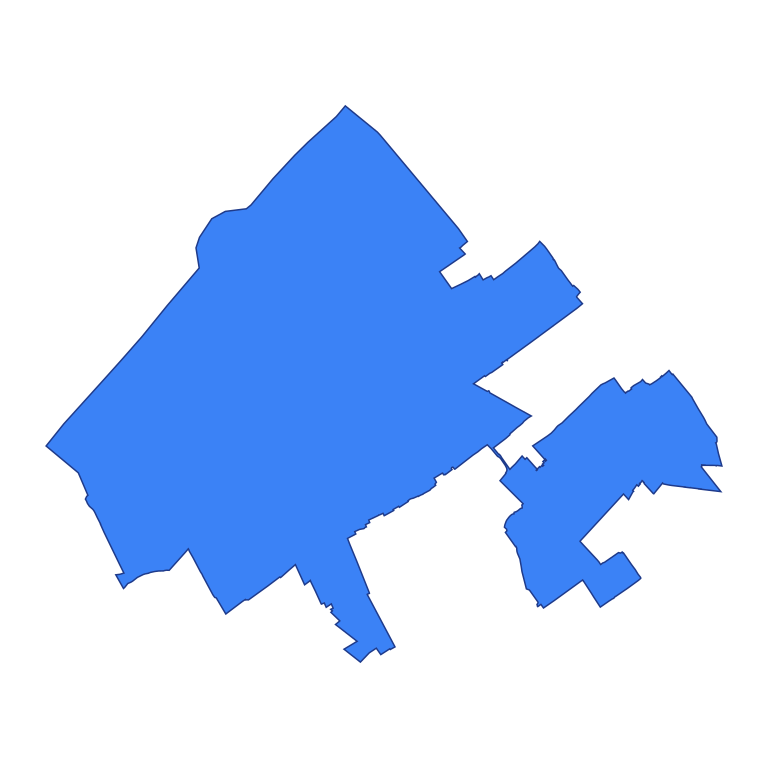 's-Gravenhage, Zuid-Holland, Netherlands
{"feature_id": "6326949B51640145634696", "entity_name": "'s-Gravenhage", "entity_type": "district", "adm_level": 2, "iso_a3": "NLD", "parent_name": "Netherlands", "parent_adm1": "Zuid-Holland", "projection": "albers", "projection_center": [4.334, 52.075], "detail": "fine", "context": "isolated", "style": "filled", "palette": "blue", "viewbox_px": 768, "rotation_deg": 0, "n_neighbors": 0, "source": "geoboundaries", "source_scale": "gbopen_adm2", "svg_char_len": 6023}
<svg xmlns="http://www.w3.org/2000/svg" viewBox="0 0 768 768"><path d="M600.3,607.1L608.8,601.2L612.2,599.0L613.5,598.4L614.0,598.0L615.2,596.5L615.7,596.4L627.4,588.4L638.4,580.4L640.6,578.5L640.8,578.2L640.7,577.8L640.5,577.3L638.0,574.1L635.3,569.7L631.5,564.6L623.6,553.1L623.4,552.9L623.1,553.2L622.2,552.0L620.6,553.1L618.5,552.6L604.4,562.4L602.8,562.9L600.7,564.5L599.7,563.2L599.3,562.4L597.3,560.0L580.1,541.5L580.2,541.3L580.1,541.1L623.5,494.0L628.6,499.6L629.5,498.0L632.8,492.0L633.6,491.3L632.7,490.4L634.3,488.4L636.8,484.8L638.4,486.2L639.3,485.1L639.2,485.0L639.4,484.7L640.2,484.0L639.6,483.3L640.4,482.9L641.1,482.2L642.1,480.6L643.1,481.4L643.2,481.9L643.4,482.3L644.1,482.5L644.2,482.9L644.1,483.4L644.2,483.6L653.2,493.5L653.8,493.8L662.6,483.0L663.3,483.9L668.7,485.0L671.9,485.5L683.9,486.9L684.5,486.9L684.4,487.1L690.3,487.8L690.7,487.6L690.8,487.8L700.1,488.9L699.8,489.1L720.8,491.6L701.3,466.9L701.7,466.6L701.7,464.9L703.8,465.0L703.4,465.3L715.3,465.4L716.2,465.9L716.8,465.4L721.9,466.0L718.5,453.7L716.3,444.0L716.0,443.3L715.7,442.9L716.4,442.5L716.8,441.8L717.0,441.2L716.9,437.7L716.8,437.1L706.7,423.9L705.0,420.2L703.5,417.4L698.1,408.5L692.6,398.8L691.9,397.2L672.9,374.1L672.3,374.6L671.1,373.3L669.0,370.5L666.0,373.3L662.3,376.4L661.8,375.8L660.5,377.1L660.8,377.5L656.3,380.8L651.5,383.9L649.6,384.8L649.0,384.1L645.6,383.0L642.5,379.5L640.7,381.6L633.7,385.6L631.1,387.7L631.0,388.1L631.6,389.0L628.7,391.2L628.1,391.0L626.4,392.3L626.2,392.2L625.6,393.1L624.1,391.8L621.5,388.6L615.8,380.4L614.0,378.0L605.0,383.0L603.0,383.8L600.9,384.9L592.0,393.4L589.3,396.4L578.8,406.6L575.8,409.7L568.8,416.2L562.1,422.9L558.1,425.6L556.7,427.0L554.4,429.9L551.3,433.1L547.6,435.9L532.7,445.9L544.8,459.4L545.2,458.9L546.4,460.3L545.4,461.2L544.4,460.1L542.9,461.5L544.0,462.8L542.5,464.1L543.6,465.4L542.6,466.2L541.9,465.5L540.1,467.3L539.5,466.7L537.7,468.6L537.3,469.9L536.5,470.5L536.2,470.2L537.2,469.2L534.8,466.7L526.8,457.7L525.1,459.3L522.1,456.0L515.3,464.0L511.6,467.5L509.9,469.4L501.7,457.7L500.4,455.5L499.2,454.3L498.9,454.5L498.6,454.2L493.4,447.9L505.7,438.5L509.9,434.8L510.0,434.5L509.9,433.9L511.2,432.7L511.3,432.5L511.5,432.5L517.2,427.4L519.7,425.6L520.9,424.6L521.0,424.4L522.3,423.4L524.1,421.2L528.4,417.7L531.3,416.0L515.9,407.5L489.8,392.8L489.3,391.5L488.8,390.8L487.3,391.4L473.5,383.8L484.5,375.8L484.7,376.1L485.4,376.5L489.8,373.3L491.8,372.4L502.8,364.6L501.7,363.0L502.7,362.1L503.0,362.4L506.5,359.8L507.2,360.7L507.4,360.6L507.4,359.3L532.2,341.3L577.3,308.0L582.5,303.7L576.8,297.3L576.6,296.6L578.6,294.0L580.2,292.2L579.2,290.9L577.8,289.2L573.7,285.5L572.7,286.2L567.9,279.9L561.3,270.6L559.0,268.6L558.4,267.9L556.8,264.8L555.5,262.1L554.5,260.2L553.9,259.5L553.5,259.8L553.1,259.3L553.2,258.7L553.0,258.1L546.8,249.2L544.6,246.3L539.7,241.4L538.1,243.6L534.9,246.8L515.7,263.2L505.5,271.1L502.8,273.5L498.2,276.5L493.7,279.7L491.0,275.7L489.0,276.9L487.0,277.7L483.1,279.9L479.3,273.7L478.0,275.1L475.9,276.6L475.8,276.9L475.3,277.2L474.9,276.5L468.1,280.6L459.0,285.1L451.6,288.6L439.6,271.7L464.5,254.6L465.2,254.0L459.6,248.0L461.3,246.9L462.5,245.6L467.4,241.5L458.4,228.6L380.6,135.6L377.4,132.1L345.3,105.9L336.3,116.6L308.0,142.2L294.9,155.1L273.0,178.7L251.0,205.0L246.3,208.8L225.3,211.4L211.8,218.7L199.5,237.3L196.0,247.9L199.2,268.0L167.1,305.7L142.1,336.5L121.2,360.3L103.6,379.9L63.8,423.9L46.1,446.0L78.3,472.8L87.9,495.3L86.7,496.4L85.4,499.1L86.5,501.1L87.5,503.5L89.4,506.3L92.7,509.2L93.7,510.4L94.9,512.5L97.3,517.6L100.6,524.0L100.4,524.1L104.1,532.4L119.5,564.2L123.9,573.1L119.9,574.3L115.8,574.8L123.5,588.5L124.7,587.4L127.8,583.5L130.9,582.2L132.7,581.1L137.4,577.4L143.3,574.5L145.1,573.9L148.2,573.3L150.5,572.4L154.7,571.5L158.6,571.0L163.5,570.9L164.7,570.5L166.6,570.2L169.2,570.3L185.6,552.0L188.3,548.8L188.8,549.6L188.9,550.1L189.4,551.3L193.0,557.6L200.4,571.7L202.2,574.5L202.6,575.6L206.5,582.9L212.9,594.8L214.5,597.1L215.1,597.6L216.0,597.7L216.7,598.5L217.4,599.9L217.9,600.6L225.8,614.0L242.2,601.6L245.3,599.5L245.6,600.0L246.7,599.8L248.5,599.9L267.8,586.0L279.7,577.0L280.3,577.2L280.5,577.5L281.4,576.9L289.0,570.1L295.4,564.6L304.6,584.8L309.1,581.5L310.3,580.4L310.8,581.7L315.5,591.4L321.2,603.9L321.4,604.1L324.3,603.0L326.2,607.3L331.3,603.9L332.9,607.6L333.1,608.3L330.7,609.3L332.4,610.9L330.9,612.3L339.8,620.9L335.5,624.5L357.1,641.3L344.0,649.2L360.4,662.1L369.3,652.8L376.3,648.2L380.8,654.6L389.8,648.8L390.3,649.5L395.0,646.9L367.4,594.8L367.2,594.4L367.3,594.2L369.4,593.4L369.3,592.8L356.7,561.1L349.8,544.4L347.5,538.4L355.8,534.0L354.7,531.6L359.6,529.4L363.9,528.6L365.3,527.3L366.4,526.9L365.5,524.6L369.7,522.6L368.7,520.0L377.3,516.0L378.5,515.4L378.7,515.0L379.4,515.0L383.0,513.3L384.2,515.7L385.2,515.2L393.7,510.5L393.1,509.5L398.7,506.3L399.4,507.3L408.2,501.5L407.9,500.8L410.4,498.9L413.5,498.1L418.1,496.1L418.3,496.4L420.9,495.0L423.0,494.2L423.1,493.9L423.4,493.7L429.9,490.2L431.4,488.4L432.6,487.7L435.7,485.3L435.0,484.1L435.6,483.3L436.4,482.3L434.1,478.1L442.4,473.1L442.7,473.2L443.6,474.8L444.1,474.9L445.3,474.2L445.5,474.5L452.0,469.6L451.4,468.6L451.4,468.2L451.7,467.6L452.3,467.2L453.3,467.4L454.5,469.1L455.0,469.1L473.0,455.1L478.0,451.7L481.7,448.6L487.3,444.8L491.1,448.6L497.6,456.4L499.0,457.1L500.5,458.4L505.2,465.3L506.5,467.8L506.9,469.3L506.9,470.5L506.5,471.6L505.6,473.1L505.9,473.5L500.0,480.7L523.1,503.7L521.8,505.1L522.1,506.0L522.2,508.0L520.5,508.5L518.1,510.5L516.4,511.6L514.2,512.3L514.0,512.8L514.0,513.8L513.2,513.9L511.6,514.6L509.8,516.2L508.7,517.5L506.7,520.2L505.9,521.9L504.9,524.8L504.4,527.2L506.6,529.2L506.9,530.8L505.4,532.4L515.5,546.6L515.9,546.4L516.8,548.2L516.7,548.9L517.0,551.6L517.6,553.6L519.9,559.0L521.3,567.0L522.0,571.7L522.8,574.8L526.4,588.9L529.4,590.0L537.8,601.8L538.0,602.4L538.0,602.9L537.0,604.5L537.2,604.8L537.3,606.0L537.8,606.6L540.9,604.4L543.5,608.0L554.2,600.6L582.6,580.0L583.2,580.9L583.3,580.8L591.1,592.8L593.9,597.3L600.3,607.1Z" fill="#3b82f6" stroke="#1e3a8a" stroke-width="1.5"/></svg>